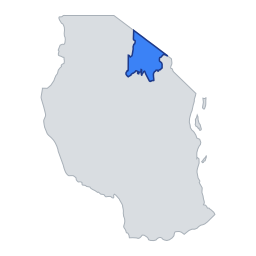 location of Arusha within United Republic of Tanzania
{"feature_id": "TZA-3391", "entity_name": "Arusha", "entity_type": "Region", "adm_level": 1, "iso_a3": "TZA", "parent_name": "United Republic of Tanzania", "parent_adm1": "", "projection": "equal_earth", "projection_center": [35.974, -2.918], "detail": "fine", "context": "in_parent", "style": "filled", "palette": "blue", "viewbox_px": 256, "rotation_deg": 0, "n_neighbors": 0, "source": "natural_earth", "source_scale": "10m", "svg_char_len": 5126}
<svg xmlns="http://www.w3.org/2000/svg" viewBox="0 0 256 256"><path d="M97.6,192.4L95.0,190.6L92.7,189.5L90.8,188.3L90.0,187.1L88.2,186.7L86.7,186.5L85.3,185.4L82.4,185.0L82.0,184.2L82.0,182.6L81.5,182.2L80.4,181.8L79.3,181.8L78.6,182.0L78.2,181.9L77.2,181.0L76.3,179.8L76.0,177.8L74.6,176.6L73.1,175.6L68.8,175.7L68.2,175.4L67.1,174.4L65.9,172.8L65.0,170.9L64.1,168.4L63.2,165.0L58.3,151.5L57.8,149.0L56.8,146.1L55.2,142.7L53.5,140.1L51.3,137.7L48.7,135.4L47.3,133.8L44.7,127.4L44.1,124.4L43.7,121.4L43.8,120.1L45.5,116.1L45.6,115.0L45.4,113.5L44.6,110.3L43.6,106.4L41.5,99.4L41.1,97.7L41.2,96.3L42.4,89.2L42.4,88.2L47.3,88.3L50.9,85.2L54.0,80.5L54.6,78.6L55.9,75.6L57.1,74.1L57.6,73.0L58.3,70.1L59.9,68.0L61.5,66.5L61.2,65.4L61.4,65.0L62.3,64.2L64.0,63.4L64.3,61.9L64.3,60.1L64.0,59.1L64.1,58.0L63.8,57.3L62.7,57.2L61.1,56.3L59.7,55.9L58.7,55.4L58.4,55.0L58.3,53.9L59.0,51.2L58.2,50.1L60.0,45.5L60.3,45.0L60.9,44.9L61.9,44.4L62.8,44.2L63.5,44.4L64.1,44.2L64.6,43.7L65.0,42.2L65.3,39.6L65.1,37.5L64.4,35.9L64.2,33.4L64.5,30.1L64.3,27.3L63.5,25.1L62.7,23.8L61.5,23.2L59.5,19.9L58.9,18.2L59.0,17.2L59.7,16.8L60.9,16.9L62.1,16.6L63.2,15.6L64.2,15.4L64.8,15.5L113.9,15.5L171.2,58.6L171.5,59.1L171.9,62.8L171.8,64.1L170.9,66.2L170.7,67.3L170.7,68.1L170.9,68.4L171.6,68.5L172.3,69.0L172.5,69.4L173.0,71.1L173.6,71.9L195.4,93.0L195.9,93.3L195.6,95.1L194.3,99.4L194.3,101.2L193.8,103.3L193.3,104.7L192.0,110.7L191.0,113.0L189.6,118.3L189.3,122.3L190.1,125.1L190.4,127.8L192.1,130.4L193.4,131.3L194.3,132.5L195.9,135.2L196.8,138.0L199.7,139.3L200.8,142.4L200.4,144.5L199.1,146.2L197.8,149.0L196.8,152.7L196.8,158.4L197.4,157.5L199.0,158.9L199.1,163.1L197.6,168.0L197.1,170.2L197.0,172.2L198.1,178.0L199.8,180.9L199.7,181.9L199.2,182.6L202.2,187.9L201.9,192.4L203.0,195.9L203.5,199.0L204.2,201.4L204.3,203.0L203.4,204.8L205.6,205.2L206.8,206.7L207.4,208.1L209.0,208.1L209.8,209.0L211.0,209.8L213.7,212.2L214.4,213.4L214.9,214.5L207.4,221.9L204.8,223.9L202.9,224.7L200.8,225.2L198.9,226.4L197.1,228.2L194.7,229.2L191.9,229.2L188.9,230.5L184.2,234.3L181.4,232.2L179.3,231.5L176.8,231.6L175.3,231.8L174.8,232.3L174.3,233.6L173.9,235.8L172.3,237.8L169.4,239.8L166.8,240.5L164.4,240.0L162.8,239.2L161.9,238.1L160.7,237.5L159.0,237.6L157.5,238.4L156.0,240.0L153.6,240.6L150.3,240.4L148.5,239.7L148.2,238.4L146.8,236.9L144.1,235.2L142.2,235.1L140.9,236.8L139.8,237.8L138.8,238.3L137.8,238.3L136.5,237.9L132.8,237.7L129.4,237.8L129.0,235.4L128.3,233.9L127.7,233.0L126.5,232.8L126.2,232.2L125.8,230.7L125.2,229.4L124.4,228.3L123.9,227.4L123.7,226.5L123.9,225.5L124.6,223.0L124.8,221.3L124.7,219.6L124.3,217.9L123.5,215.8L123.6,215.2L123.3,213.7L123.3,212.7L123.4,211.5L123.3,209.8L122.6,206.3L122.6,205.4L121.8,203.7L119.5,199.7L119.4,199.2L115.8,195.1L114.3,194.2L113.8,195.0L113.6,195.7L113.8,197.0L113.7,197.6L113.5,197.9L112.7,197.9L112.1,197.7L110.8,196.6L109.7,196.4L107.1,196.6L106.1,196.8L105.4,196.6L104.0,194.7L102.3,194.3L100.9,194.2L98.4,192.1L97.6,192.4ZM200.1,124.5L201.3,129.0L201.1,129.8L200.3,130.3L199.9,130.4L199.3,129.7L199.0,128.1L198.3,128.5L197.2,126.7L196.2,126.6L195.2,124.5L195.6,122.6L195.4,119.4L196.5,117.7L197.2,115.0L198.0,116.9L198.1,119.8L199.1,123.3L200.1,124.5ZM205.9,97.8L206.0,98.9L205.8,99.9L205.8,103.1L205.7,105.2L204.8,108.1L204.1,109.1L203.4,108.8L202.9,108.3L202.5,107.5L203.4,102.2L202.9,98.2L204.6,98.6L205.9,97.8ZM203.4,162.4L202.5,162.7L202.2,162.4L201.7,161.5L202.6,160.8L203.5,159.3L205.5,157.2L206.4,155.5L206.3,157.1L205.1,160.8L204.2,161.0L203.4,162.4Z" fill="#d9dde1" stroke="#a8b0b8" stroke-width="1"/><path d="M133.7,30.4L136.4,32.4L139.7,34.9L143.1,37.4L146.4,40.0L149.8,42.5L153.2,45.0L156.5,47.5L159.9,50.1L163.2,52.6L166.6,55.1L167.8,56.0L167.1,55.8L165.8,55.1L165.3,54.7L164.7,54.6L164.4,54.7L164.2,54.6L163.4,54.6L162.6,55.3L161.7,56.3L161.3,56.9L160.8,57.2L159.7,57.6L159.4,59.0L159.4,60.0L159.5,61.0L159.9,61.5L160.4,61.8L161.5,62.7L162.1,64.2L162.1,68.0L161.6,68.3L161.1,68.7L160.8,69.3L160.4,69.7L159.3,69.7L158.9,70.3L158.5,71.0L158.0,71.2L157.7,70.5L157.4,70.2L157.1,70.1L156.0,70.2L155.9,70.3L155.9,70.6L155.8,70.9L155.5,71.1L155.1,71.4L154.8,71.5L154.5,71.7L153.6,73.3L153.4,74.2L153.5,76.6L153.8,79.2L153.8,80.5L153.6,80.6L153.3,80.5L152.9,80.4L152.5,80.6L151.7,80.7L151.0,80.9L150.9,81.3L150.1,81.4L149.4,81.0L145.8,74.1L145.1,72.2L144.6,71.2L143.7,71.6L142.9,73.0L142.4,73.7L141.9,74.4L141.9,75.0L141.6,75.1L141.2,73.7L141.3,72.1L141.7,70.6L141.5,69.6L141.1,69.5L141.0,71.0L140.8,71.8L138.9,72.4L138.9,73.2L138.7,73.8L138.0,73.7L137.5,73.0L137.8,72.3L138.2,71.7L137.7,71.4L137.1,71.2L136.5,70.8L135.8,70.8L134.8,72.2L134.1,72.5L133.6,73.0L133.2,73.2L132.7,73.2L131.2,74.4L131.0,74.7L131.0,75.0L130.8,75.3L129.9,75.7L129.3,76.1L128.7,76.4L128.2,76.8L127.1,75.8L126.1,74.5L126.0,73.7L126.0,72.9L126.4,72.1L127.0,71.4L127.1,71.1L127.1,70.8L127.4,70.6L127.8,70.8L128.2,70.2L128.3,55.2L128.9,55.3L129.5,55.9L129.8,56.7L130.4,57.0L130.7,56.7L130.9,56.5L131.8,55.9L132.2,54.9L133.2,48.9L133.1,46.8L133.8,44.4L134.1,44.1L134.6,43.9L135.0,42.8L135.2,41.6L135.0,40.5L134.1,40.2L133.5,39.6L133.4,38.7L133.7,30.4L133.7,30.4Z" fill="#3b82f6" stroke="#1e3a8a" stroke-width="1.5"/></svg>